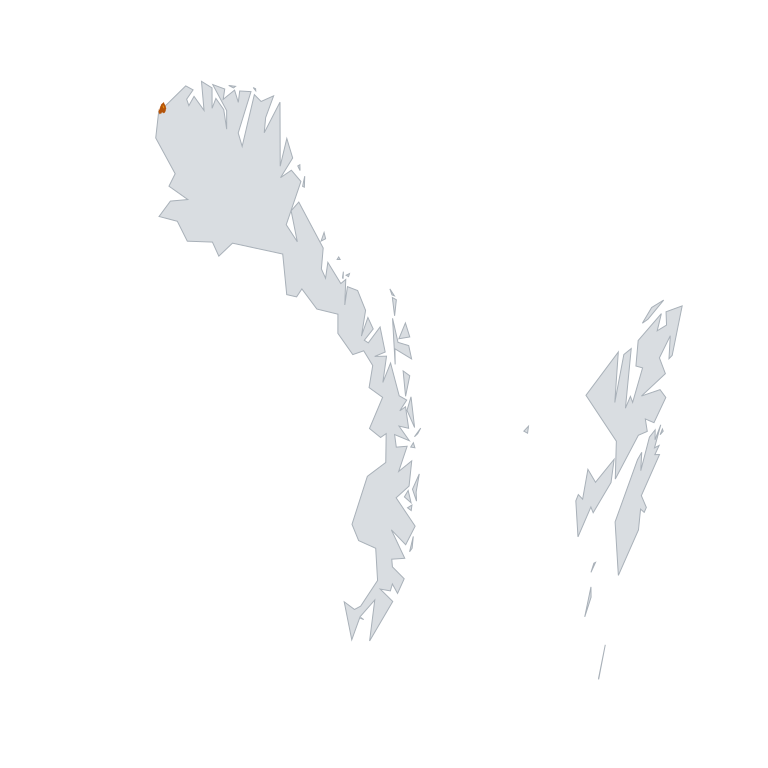 location of Farsund nor, Vest-Agder, Norway, rotated 104°
{"feature_id": "86288312B34679713059782", "entity_name": "Farsund nor", "entity_type": "district", "adm_level": 2, "iso_a3": "NOR", "parent_name": "Norway", "parent_adm1": "Vest-Agder", "projection": "robinson", "projection_center": [6.828, 58.134], "detail": "fine", "context": "in_parent", "style": "filled", "palette": "amber", "viewbox_px": 768, "rotation_deg": 104, "n_neighbors": 0, "source": "geoboundaries", "source_scale": "gbopen_adm2", "svg_char_len": 7392}
<svg xmlns="http://www.w3.org/2000/svg" viewBox="0 0 768 768"><g transform="rotate(104 384 384)"><path d="M459.7,363.3L431.6,369.9L436.7,374.4L430.7,387.3L397.3,382.1L391.1,397.6L368.8,399.4L356.7,411.7L363.0,421.4L346.0,441.0L327.4,445.6L327.5,467.3L311.6,486.7L320.6,489.9L320.8,500.0L282.4,513.7L284.0,565.1L299.9,575.2L287.8,584.8L293.0,609.4L276.1,623.9L275.9,642.8L258.2,635.5L252.5,619.0L244.1,640.5L230.5,637.5L200.5,665.0L175.1,668.4L142.7,648.5L144.8,640.4L155.4,644.4L161.1,640.7L150.9,637.9L162.1,624.8L134.5,634.3L138.3,622.5L158.1,617.5L147.6,616.2L156.5,605.9L174.8,598.3L156.8,602.8L134.9,622.6L136.3,609.9L146.7,608.9L135.0,600.1L146.0,593.5L134.6,594.9L132.5,583.8L175.7,586.2L187.8,579.1L134.6,579.8L139.6,571.6L131.1,560.8L154.1,563.3L169.2,561.0L135.7,553.1L197.8,537.4L169.3,537.7L186.8,527.3L208.8,534.3L199.0,525.6L207.6,513.6L253.1,517.4L267.0,502.5L238.4,516.0L228.1,510.7L266.8,475.9L287.5,472.6L295.5,466.3L279.6,467.9L297.0,450.2L291.8,446.4L316.8,441.2L298.4,443.0L299.7,432.2L317.0,419.7L343.0,417.5L323.4,415.7L333.2,407.8L346.3,413.7L347.9,409.2L329.6,401.6L352.7,390.6L359.5,399.7L356.4,388.3L382.8,385.5L362.1,382.7L391.8,366.4L394.1,358.1L406.2,362.2L400.9,357.6L421.0,349.4L421.2,359.3L432.9,345.7L430.5,361.5L442.3,356.8L438.8,346.5L465.3,348.6L451.9,338.5L477.0,335.0L491.5,344.7L514.4,319.4L534.7,324.1L523.7,341.6L548.1,321.7L552.1,334.1L559.4,331.6L568.1,317.3L583.9,320.2L576.0,327.5L583.2,327.8L583.9,338.1L592.9,322.9L636.8,335.8L595.8,340.7L615.6,350.9L640.0,353.4L605.0,369.9L609.9,358.1L605.2,352.9L576.2,342.7L545.4,352.3L542.1,370.7L527.9,381.1L477.6,377.8L459.7,363.3ZM328.9,107.3L356.2,112.7L354.7,122.0L366.3,117.1L372.2,124.8L420.3,136.6L383.3,144.7L346.1,185.3L296.3,164.4L346.1,155.6L297.4,158.4L289.8,152.7L349.1,143.9L336.4,141.9L341.7,138.3L305.8,137.0L305.6,143.9L280.3,147.9L248.6,131.9L266.3,131.8L258.5,124.1L245.7,127.8L236.1,113.6L286.5,111.3L290.5,113.6L267.9,117.9L292.0,123.1L305.9,113.5L333.4,131.3L322.7,114.8L328.9,107.3ZM385.8,99.6L430.1,107.3L440.3,99.6L445.6,100.5L443.3,104.8L464.0,101.8L513.0,110.3L461.9,126.4L396.0,119.7L387.9,117.4L406.0,113.9L371.3,113.6L362.9,109.8L372.6,107.5L356.6,105.6L380.5,106.1L377.1,102.2L387.0,104.1L385.8,99.6ZM424.7,139.9L458.3,149.9L453.3,153.5L485.4,158.8L451.0,169.6L444.3,168.7L447.7,163.4L417.5,165.5L428.2,155.0L401.4,142.5L424.7,139.9ZM347.2,381.9L362.3,377.9L318.2,391.6L340.2,380.5L340.8,369.3L353.0,363.3L347.2,381.9ZM369.8,361.0L390.7,360.1L366.7,368.6L369.8,361.0ZM389.9,354.7L418.8,343.8L404.0,355.3L389.9,354.7ZM234.9,132.9L257.2,143.5L262.5,148.0L245.0,142.8L234.9,132.9ZM332.1,370.4L336.5,380.5L319.6,378.0L332.1,370.4ZM489.8,324.1L479.2,330.9L462.7,328.0L481.1,326.7L489.8,324.1ZM492.7,329.0L488.6,336.9L481.5,334.8L492.7,329.0ZM299.3,392.4L315.3,390.2L298.1,396.8L299.3,392.4ZM617.6,104.6L583.5,106.2L618.7,104.3L617.6,104.6ZM540.8,131.5L561.4,132.9L530.8,134.1L540.8,131.5ZM524.8,318.7L536.5,317.0L540.6,318.6L524.8,318.7ZM500.2,327.0L498.4,331.2L494.7,327.6L500.2,327.0ZM438.4,338.6L438.7,342.8L433.9,341.3L438.4,338.6ZM397.0,232.8L395.9,236.9L390.0,233.6L397.0,232.8ZM516.7,137.6L507.1,137.0L505.9,135.6L516.7,137.6ZM257.2,475.8L260.5,479.6L251.5,478.8L257.2,475.8ZM417.9,337.7L424.1,339.3L427.8,341.7L417.9,337.7ZM362.2,101.7L366.4,103.8L360.3,103.0L362.2,101.7ZM211.9,510.8L201.5,511.2L212.3,508.9L211.9,510.8ZM197.2,517.1L193.3,520.4L191.6,518.7L197.2,517.1ZM295.6,397.8L290.3,401.3L295.9,395.3L295.6,397.8ZM133.1,601.7L131.9,606.9L131.1,600.1L133.1,601.7ZM287.6,447.1L285.2,444.2L288.4,444.4L287.6,447.1ZM617.5,346.7L616.9,350.3L616.3,349.7L617.5,346.7ZM290.7,450.0L284.8,450.6L291.8,449.2L290.7,450.0ZM273.8,456.7L274.5,459.6L271.7,458.7L273.8,456.7ZM130.5,579.4L128.0,582.6L128.6,580.0L130.5,579.4Z" fill="#d9dde1" stroke="#a8b0b8" stroke-width="1"/><path d="M169.8,662.7L169.4,662.8L169.3,663.1L169.1,663.0L168.9,663.2L168.9,663.3L168.6,663.4L168.4,663.4L168.4,663.5L168.0,663.6L167.9,663.7L167.9,663.8L168.1,663.7L168.1,663.8L168.3,664.0L168.9,664.2L167.9,664.0L167.7,664.1L167.3,664.0L167.1,664.1L166.9,664.1L166.7,664.1L166.8,664.1L166.7,664.3L166.8,664.4L166.7,664.5L166.8,664.5L166.7,664.7L166.5,664.8L166.5,665.0L166.4,665.0L166.3,665.3L166.2,665.3L166.1,665.5L165.8,665.6L165.6,665.6L165.2,665.8L165.4,665.9L165.4,666.0L165.6,666.1L165.8,666.3L165.9,666.5L166.0,666.5L165.9,666.4L166.0,666.4L165.8,666.4L166.0,666.4L166.1,666.5L166.3,666.7L166.6,666.6L166.7,666.8L166.8,666.8L166.7,666.9L166.8,667.0L167.1,667.2L167.3,667.1L167.6,666.9L167.8,667.0L168.0,667.2L168.4,667.2L168.5,667.3L168.6,667.2L168.9,667.2L169.1,667.2L169.0,667.4L169.2,667.2L169.3,667.3L169.4,667.2L169.6,667.3L169.7,667.2L169.9,667.3L169.9,667.2L170.0,667.1L170.3,667.3L170.2,667.3L170.3,667.4L170.2,667.4L170.3,667.5L170.5,667.5L170.5,667.4L170.4,667.3L170.5,667.3L170.6,667.2L170.7,667.3L171.1,667.3L171.0,667.2L170.9,667.2L171.1,667.0L171.1,666.9L170.9,666.7L170.8,666.8L170.7,666.8L170.1,666.9L170.4,666.8L170.6,666.6L170.8,666.7L170.8,666.4L170.4,666.4L170.2,666.3L169.7,666.3L169.8,666.1L169.7,666.0L169.4,666.1L169.5,666.2L169.4,666.3L169.3,666.2L169.2,666.1L169.3,666.0L169.5,665.9L169.5,666.0L169.8,666.0L170.1,666.3L170.4,666.3L170.6,666.2L170.4,666.2L170.5,666.1L170.1,665.9L170.3,665.8L170.5,665.9L170.9,666.1L171.1,666.1L171.3,666.0L171.3,665.9L171.5,665.8L171.6,665.7L171.6,665.8L171.9,665.8L171.9,665.7L172.0,665.6L172.1,665.3L171.7,665.0L171.2,664.9L170.8,664.7L170.7,664.6L170.9,664.5L170.9,664.4L170.7,664.1L170.5,663.9L170.8,663.8L171.0,663.8L171.1,664.1L171.3,664.1L171.5,663.9L172.1,663.7L172.3,663.5L172.2,663.7L172.2,663.8L171.7,664.0L171.4,664.2L171.6,664.4L171.6,664.5L171.8,664.8L172.0,664.8L172.2,664.7L172.5,664.7L172.5,664.4L172.6,664.5L172.6,664.4L172.6,664.2L172.9,664.0L173.2,664.1L173.4,664.1L173.4,663.9L173.5,663.7L173.4,663.7L173.5,663.6L173.5,663.4L173.3,663.4L173.3,663.2L173.2,663.2L172.9,663.0L172.8,662.9L172.5,662.9L172.4,662.8L172.0,662.7L171.1,662.7L170.9,662.8L170.6,662.9L170.4,663.0L170.2,663.1L170.1,662.9L169.8,662.7ZM173.6,665.6L172.9,665.5L171.9,666.0L172.0,666.1L171.9,666.1L171.6,666.1L171.8,666.2L171.4,666.2L170.9,666.4L171.3,666.6L171.3,666.4L171.4,666.5L171.5,666.6L171.8,666.7L172.1,666.8L172.4,666.8L172.5,666.8L172.8,666.9L172.7,666.7L173.0,666.7L173.1,666.8L173.2,666.7L173.3,666.7L173.1,666.8L173.1,667.0L172.7,667.0L172.8,667.1L173.0,667.1L173.3,667.1L173.2,667.0L173.3,666.8L173.4,666.6L173.5,666.6L173.4,666.6L173.6,666.4L173.8,666.3L174.0,666.2L173.9,666.1L174.0,666.1L173.7,666.1L173.6,665.8L173.6,665.7L173.6,665.6ZM174.0,666.2L174.1,666.3L173.9,666.4L174.0,666.4L173.6,666.6L173.5,666.8L173.8,666.8L174.0,666.8L174.2,666.7L174.2,666.8L173.7,667.0L173.9,667.0L173.7,667.2L173.9,667.2L174.1,667.1L173.9,667.3L173.9,667.2L173.8,667.3L173.7,667.3L173.6,667.5L173.8,667.4L173.9,667.5L173.7,667.5L173.8,667.5L173.6,667.5L173.8,667.7L174.1,667.7L174.5,667.5L174.4,667.4L174.5,667.3L174.4,667.3L174.5,667.2L174.4,667.2L174.5,667.1L174.8,667.1L174.6,667.0L174.4,666.9L174.5,666.9L174.8,666.7L175.0,666.7L174.8,666.5L174.8,666.4L174.8,666.2L174.5,666.2L174.4,666.2L174.0,666.2ZM171.7,666.8L171.9,667.0L172.0,667.0L172.3,667.2L172.2,667.3L172.3,667.5L172.5,667.4L172.4,667.3L172.4,667.2L172.5,667.1L172.4,667.0L172.5,667.1L172.4,667.1L172.2,667.0L172.2,666.9L171.7,666.8ZM173.4,667.7L173.0,667.6L173.0,667.8L173.6,668.0L173.6,667.9L173.4,667.7L173.4,667.7Z" fill="#f59e0b" stroke="#b45309" stroke-width="1.5"/></g></svg>